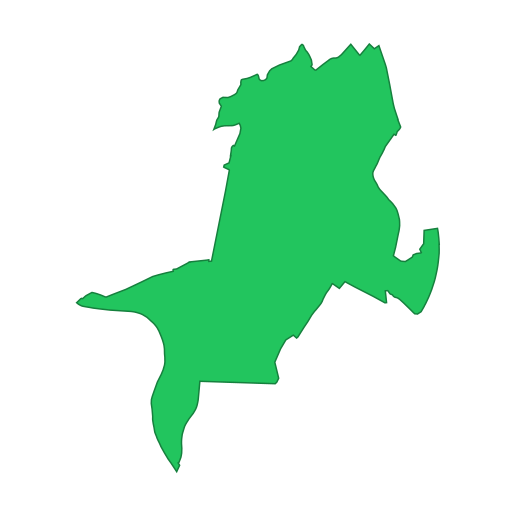 Oegstgeest, Zuid-Holland, Netherlands, rotated 353°
{"feature_id": "6326949B10569140780030", "entity_name": "Oegstgeest", "entity_type": "district", "adm_level": 2, "iso_a3": "NLD", "parent_name": "Netherlands", "parent_adm1": "Zuid-Holland", "projection": "orthographic", "projection_center": [4.472, 52.183], "detail": "fine", "context": "isolated", "style": "filled", "palette": "green", "viewbox_px": 512, "rotation_deg": 353, "n_neighbors": 0, "source": "geoboundaries", "source_scale": "gbopen_adm2", "svg_char_len": 5942}
<svg xmlns="http://www.w3.org/2000/svg" viewBox="0 0 512 512"><g transform="rotate(353 256 256)"><path d="M151.0,460.4L154.7,454.4L154.0,452.9L153.5,451.9L154.4,451.4L155.9,448.6L156.9,446.7L157.6,444.6L158.2,442.5L158.9,438.0L159.2,433.1L159.5,430.7L159.9,428.5L161.0,424.2L161.8,422.2L163.6,418.1L164.5,416.2L165.7,414.4L167.0,412.7L169.8,409.3L174.5,404.5L176.0,402.6L177.4,400.7L178.5,398.8L179.4,396.8L180.1,394.8L180.8,392.7L181.3,390.7L182.7,384.3L185.0,373.5L259.5,385.1L261.1,383.9L261.3,383.7L263.6,380.1L261.7,363.7L269.1,351.1L275.4,342.9L283.4,339.1L286.3,342.4L287.8,341.4L291.2,337.2L295.3,332.2L299.3,327.6L304.2,321.3L304.8,320.7L307.4,318.0L308.7,316.9L310.9,314.8L312.7,313.1L314.2,311.6L315.0,310.7L315.6,309.9L316.1,309.2L317.3,307.0L319.7,303.4L320.7,302.0L321.4,301.1L324.5,297.8L326.0,295.9L328.3,292.7L328.6,292.8L334.8,298.3L341.2,292.3L350.2,298.7L367.2,310.2L371.8,313.5L378.3,318.2L379.9,318.2L380.1,306.3L382.4,306.4L382.5,306.4L382.6,306.5L384.1,309.3L384.5,309.9L384.9,310.2L386.6,311.1L386.9,311.5L387.1,312.0L387.5,312.6L387.7,312.9L388.2,313.3L388.8,313.8L390.9,314.6L392.1,315.4L392.8,316.1L393.4,316.6L396.9,320.7L402.2,327.3L405.3,331.3L406.5,332.7L407.4,332.9L408.8,333.1L409.2,333.3L413.1,331.4L416.5,326.9L417.4,325.5L418.5,324.0L419.9,321.8L422.4,317.8L424.2,314.6L426.2,310.9L429.8,303.2L431.2,299.8L432.8,295.3L433.8,292.4L434.6,289.9L435.3,287.5L436.1,284.4L437.2,279.7L438.1,275.6L438.6,271.9L439.1,266.8L439.3,266.8L439.6,260.8L439.7,255.1L439.6,252.2L439.5,250.7L426.0,251.1L423.9,264.4L423.3,264.9L419.4,269.2L420.5,272.8L419.7,273.1L415.6,273.1L413.9,273.6L412.2,274.0L411.1,276.0L410.7,276.3L406.2,278.5L404.6,279.2L403.6,279.7L401.7,279.3L400.1,279.0L399.2,278.7L398.8,278.5L397.6,277.4L393.3,273.5L392.4,272.5L395.6,264.4L399.6,252.4L400.1,250.9L400.9,248.7L401.4,247.0L402.0,244.6L402.3,243.3L402.7,239.5L402.8,237.3L402.2,231.9L401.9,230.2L401.5,228.0L401.0,226.4L400.6,225.3L400.0,224.2L398.6,221.7L398.0,220.6L397.1,219.4L396.6,218.7L394.4,216.0L394.2,215.5L394.0,215.1L393.1,213.5L392.7,212.9L389.6,208.6L388.1,206.6L386.9,204.9L386.4,203.9L385.6,202.3L385.0,200.2L384.5,198.9L383.4,196.4L382.9,195.4L382.6,194.5L382.2,193.0L382.0,191.7L381.9,191.3L381.9,189.3L381.9,188.9L382.0,188.5L382.0,188.1L382.1,187.7L382.3,187.1L382.8,186.1L383.0,185.7L384.0,184.2L384.4,183.7L386.0,181.3L387.1,179.8L387.8,178.7L389.5,175.7L390.6,173.8L391.3,172.7L392.0,171.8L392.9,170.6L394.2,168.8L395.2,167.2L396.0,166.1L396.5,165.2L397.7,163.1L407.8,152.0L409.4,153.2L409.7,153.1L409.9,152.6L410.7,151.1L411.0,150.3L411.4,149.7L413.8,147.7L414.7,146.6L415.3,145.6L413.3,137.8L413.6,137.7L412.8,133.9L411.3,126.2L410.9,122.8L410.7,120.6L409.8,105.9L409.6,102.5L408.3,85.1L407.7,81.6L403.6,62.2L398.7,64.7L394.3,59.4L388.6,64.9L383.6,69.5L383.0,68.9L375.9,57.4L365.3,66.6L362.0,68.7L360.5,69.1L359.8,69.2L358.5,69.2L357.6,69.0L356.9,69.0L355.5,69.1L354.7,69.3L354.1,69.5L353.5,69.7L352.9,70.0L352.2,70.4L352.2,70.5L350.7,71.3L345.8,74.1L338.1,78.8L337.5,78.7L337.0,78.4L336.7,78.2L336.4,77.8L333.6,74.6L334.8,73.3L334.9,73.0L335.0,72.7L334.9,70.5L334.9,69.2L334.8,68.1L333.8,64.8L333.0,62.5L332.0,60.5L331.5,59.5L330.9,58.8L330.4,57.9L330.0,57.1L329.7,56.1L329.1,54.5L328.7,52.8L327.9,51.9L327.7,51.7L327.3,51.6L327.1,51.7L326.5,52.1L325.0,53.4L324.7,53.7L324.6,54.1L323.5,56.8L320.5,60.8L317.0,64.2L316.1,65.4L314.5,66.6L302.6,69.3L294.5,72.1L292.1,73.9L289.4,77.5L289.3,77.8L288.7,80.2L288.5,80.7L288.1,81.1L287.3,81.9L286.7,82.2L286.0,82.5L284.7,82.8L283.5,82.7L282.6,82.6L282.0,82.2L281.5,81.8L281.0,81.2L280.6,80.4L280.6,79.8L280.5,78.9L280.4,77.9L280.2,77.1L279.9,76.4L279.5,75.9L279.3,75.8L276.6,76.7L273.2,77.7L272.3,78.0L268.8,78.7L264.2,79.0L263.1,79.3L262.8,79.6L262.5,80.4L262.1,81.7L261.9,84.0L261.5,84.6L258.2,88.9L257.0,91.4L256.2,92.2L254.4,93.2L250.3,94.7L247.5,95.3L242.5,94.5L239.6,95.6L239.1,96.1L238.7,96.8L238.3,97.7L238.2,99.8L239.5,102.4L239.8,103.0L239.7,103.5L237.1,108.5L236.8,109.4L236.2,112.6L236.0,113.2L235.5,114.0L234.8,114.9L233.7,116.3L233.2,117.4L233.0,117.9L232.2,120.1L231.9,120.8L229.6,125.2L230.4,124.8L233.9,123.8L235.9,123.3L237.7,123.0L238.7,123.0L240.6,122.9L243.4,123.2L246.3,123.5L248.5,123.7L249.1,123.7L251.1,123.4L252.6,123.0L255.5,122.2L256.3,124.4L256.6,127.3L255.0,132.5L248.1,144.2L247.0,143.5L246.0,144.2L245.3,144.9L244.8,145.8L244.2,148.8L243.6,150.9L242.9,153.4L243.3,153.4L240.6,160.3L235.5,161.9L234.8,163.8L235.4,164.1L235.4,164.3L239.7,167.0L240.0,167.6L233.6,188.0L211.2,255.7L208.5,255.6L208.7,254.0L206.6,254.1L194.7,253.9L189.6,253.8L189.6,254.1L188.5,254.0L187.6,254.6L175.9,259.1L175.2,259.2L172.4,259.2L172.2,259.3L172.0,259.6L172.0,261.1L164.7,261.8L156.9,262.8L153.3,263.4L150.9,263.8L139.3,267.8L124.8,272.6L122.4,273.4L118.7,274.3L109.5,276.6L102.3,278.5L101.1,278.1L100.1,277.5L98.2,276.4L96.7,275.6L93.6,274.1L92.0,273.4L90.4,272.8L89.5,272.5L88.8,272.2L87.7,272.6L82.6,274.6L81.3,275.4L78.8,277.2L78.5,277.1L77.9,276.8L77.6,276.8L77.3,276.9L76.8,277.1L72.3,280.5L73.9,282.2L75.5,283.4L76.9,284.3L78.1,284.8L81.0,285.7L84.1,286.6L87.9,287.8L94.6,289.5L104.6,291.9L119.4,294.7L125.2,295.8L127.1,296.3L128.8,296.8L130.6,297.5L132.7,298.4L134.4,299.2L136.1,300.2L140.3,303.5L141.0,304.3L144.2,308.1L145.3,309.3L146.5,310.8L148.0,313.1L148.8,314.5L149.4,315.7L149.7,316.6L150.5,318.6L151.1,320.7L152.1,324.3L152.9,327.6L153.2,329.3L153.5,331.0L153.7,332.6L153.8,333.8L153.8,335.6L153.8,337.0L153.3,342.0L153.2,345.4L152.8,349.1L152.7,350.1L152.3,351.6L152.1,352.4L151.8,353.4L151.0,355.2L150.4,356.6L150.0,357.6L148.3,360.6L147.5,362.0L142.8,369.0L138.4,377.7L135.9,382.8L135.3,384.3L134.7,385.8L134.1,389.6L134.1,390.7L134.2,395.3L133.9,402.7L133.5,405.5L133.5,406.9L133.6,410.2L133.9,413.8L134.0,416.9L134.1,418.5L134.3,419.4L134.6,420.7L135.1,422.4L135.7,425.1L136.3,427.0L137.3,429.8L138.2,432.7L138.4,433.5L141.0,439.9L144.1,446.9L146.4,451.1L147.3,452.9L151.0,460.4Z" fill="#22c55e" stroke="#15803d" stroke-width="1.5"/></g></svg>